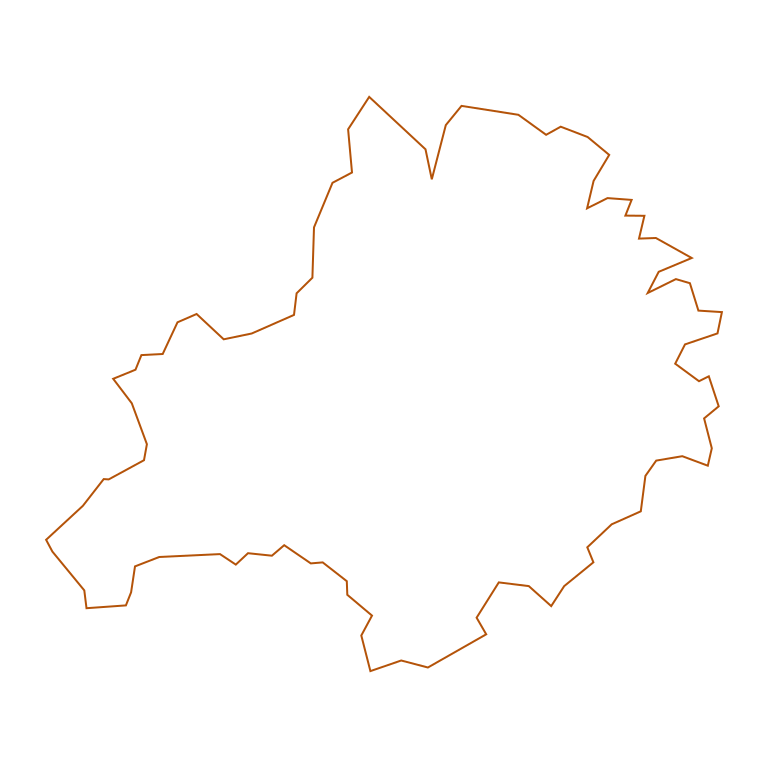 Boone, West Virginia, United States of America, rotated 90°
{"feature_id": "52423323B6396533628849", "entity_name": "Boone", "entity_type": "district", "adm_level": 2, "iso_a3": "USA", "parent_name": "United States of America", "parent_adm1": "West Virginia", "projection": "equal_earth", "projection_center": [-81.709, 37.997], "detail": "fine", "context": "isolated", "style": "outline", "palette": "amber", "viewbox_px": 768, "rotation_deg": 90, "n_neighbors": 0, "source": "geoboundaries", "source_scale": "gbopen_adm2", "svg_char_len": 1241}
<svg xmlns="http://www.w3.org/2000/svg" viewBox="0 0 768 768"><g transform="rotate(90 384 384)"><path d="M149.3,342.5L96.9,398.8L129.3,419.9L172.5,416.0L182.8,435.5L227.4,454.0L277.7,455.6L293.3,471.4L314.9,474.0L333.5,516.3L339.3,544.3L314.0,571.4L322.3,590.5L354.0,605.3L355.1,626.6L369.7,632.5L378.8,654.8L403.3,636.2L444.2,621.1L460.2,624.0L479.4,659.3L479.1,664.3L505.8,685.1L539.8,721.9L551.6,715.6L590.4,683.7L608.2,681.5L605.4,642.1L592.3,636.9L566.4,633.0L557.0,608.8L554.1,548.0L564.6,532.2L553.2,520.0L555.7,496.1L545.2,483.8L563.4,457.2L562.4,445.3L581.2,421.2L594.8,420.7L615.6,396.0L635.5,406.7L671.1,397.6L660.5,366.8L667.5,340.1L634.3,281.8L617.7,291.4L582.4,269.2L586.1,239.2L606.1,216.8L586.1,203.8L562.3,174.6L547.3,180.7L524.3,156.3L511.3,127.2L475.9,122.6L460.6,111.8L456.2,85.7L465.7,60.2L448.3,56.2L418.4,63.9L406.3,49.3L376.3,59.2L381.2,69.0L363.7,92.8L344.4,83.0L333.4,50.5L312.1,46.1L310.6,69.6L283.2,78.1L279.1,92.1L293.0,120.3L271.8,109.3L258.0,76.3L238.0,112.1L238.6,129.0L215.8,123.6L215.6,142.6L199.9,136.4L198.1,160.5L208.3,180.9L180.9,174.4L154.9,158.8L137.0,180.4L126.7,207.3L134.8,221.9L114.8,249.6L105.9,306.5L125.1,322.2L179.3,336.2L149.3,342.5Z" fill="none" stroke="#b45309" stroke-width="2"/></g></svg>